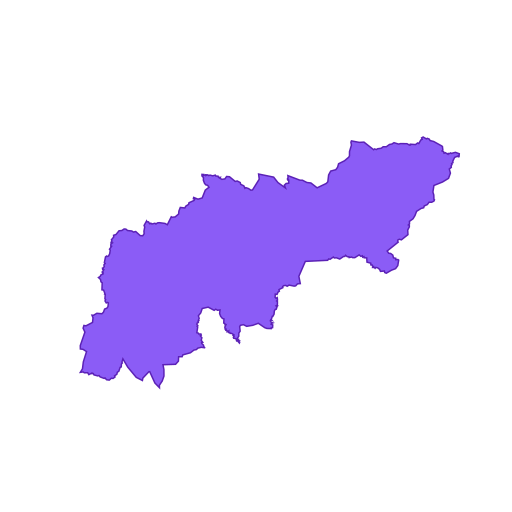 Gushegu, Northern, Ghana, rotated 207°
{"feature_id": "2480657B56494255769768", "entity_name": "Gushegu", "entity_type": "district", "adm_level": 2, "iso_a3": "GHA", "parent_name": "Ghana", "parent_adm1": "Northern", "projection": "orthographic", "projection_center": [-0.233, 9.923], "detail": "fine", "context": "isolated", "style": "filled", "palette": "violet", "viewbox_px": 512, "rotation_deg": 207, "n_neighbors": 0, "source": "geoboundaries", "source_scale": "gbopen_adm2", "svg_char_len": 6131}
<svg xmlns="http://www.w3.org/2000/svg" viewBox="0 0 512 512"><g transform="rotate(207 256 256)"><path d="M363.6,93.9L361.8,83.3L359.4,76.7L359.7,72.6L357.4,74.2L355.9,74.0L353.0,75.6L351.1,74.4L349.1,77.2L348.7,76.7L347.6,77.4L346.4,76.5L342.6,77.3L341.6,78.2L340.0,77.5L335.7,78.0L335.2,78.8L333.0,77.9L330.4,78.8L329.4,81.4L327.8,82.0L326.7,84.2L327.6,85.0L326.3,87.4L326.8,89.5L325.9,91.0L326.5,95.1L325.7,96.0L326.9,98.7L326.5,100.0L327.3,100.6L327.9,103.9L319.9,98.8L307.6,93.5L300.7,93.5L301.4,95.8L298.9,104.3L298.2,104.7L288.4,96.9L282.2,94.8L283.4,97.0L282.8,102.0L283.5,107.2L286.5,113.0L289.5,116.9L278.5,123.0L277.4,127.1L279.2,131.1L276.1,132.7L276.3,134.7L270.5,140.0L268.6,144.0L266.6,145.6L266.0,147.5L263.3,149.8L259.6,151.1L261.1,151.1L261.0,152.0L261.3,151.5L262.4,152.8L264.6,153.4L265.2,154.2L264.3,154.9L266.6,156.1L267.1,158.6L269.4,159.6L268.8,160.6L269.7,161.5L271.4,160.5L272.3,161.1L273.9,160.8L275.7,166.2L276.5,166.6L276.2,167.5L277.6,168.2L278.0,169.5L277.2,170.6L277.9,171.3L277.6,172.5L278.2,172.6L278.3,174.6L280.2,176.6L279.4,180.2L280.1,184.8L275.4,188.7L268.6,188.6L267.7,190.3L265.6,190.2L263.6,191.6L262.3,188.2L260.1,186.2L257.6,185.1L256.0,185.4L254.3,181.6L253.1,181.6L252.1,180.4L251.6,180.9L251.5,178.5L250.2,176.8L249.4,177.2L249.2,176.1L247.8,176.2L247.3,175.4L246.5,176.5L246.5,175.8L245.3,175.4L244.8,176.0L243.9,175.3L242.5,176.0L240.0,175.7L240.4,174.9L239.1,174.6L239.3,173.3L238.5,172.6L236.3,173.3L234.7,171.5L234.0,172.0L231.3,170.9L231.4,171.8L232.3,171.9L233.1,172.5L232.7,172.9L233.6,172.9L233.7,173.7L234.3,173.4L235.2,174.5L234.9,176.7L236.3,179.5L236.0,181.8L238.5,185.7L238.4,187.2L236.0,189.1L232.4,189.1L227.4,192.8L223.4,197.1L215.6,196.1L213.4,196.4L209.5,198.2L209.8,198.8L208.7,199.7L209.8,202.2L211.6,202.1L211.6,203.0L210.7,204.0L212.1,203.8L213.8,204.7L213.9,205.7L212.9,205.9L213.5,206.1L214.1,209.6L213.6,209.8L213.5,212.3L214.7,215.4L214.6,217.2L213.8,217.8L214.2,220.2L214.7,220.2L214.2,221.3L215.2,221.2L214.7,221.8L215.2,223.1L216.2,225.1L217.2,225.3L216.8,226.4L217.9,228.2L218.3,228.6L218.9,227.4L220.2,227.8L221.5,230.8L219.8,231.3L220.0,233.7L219.2,235.2L220.3,236.5L217.7,240.0L218.4,240.9L217.8,242.2L216.1,243.3L214.5,243.2L213.3,245.1L208.3,246.5L207.1,247.4L206.4,250.0L204.0,251.5L208.6,257.4L209.6,273.6L190.2,284.7L189.9,286.4L188.5,286.7L186.6,290.2L185.3,289.8L183.6,290.9L180.0,291.3L177.8,295.3L176.7,295.9L176.5,297.3L174.4,296.8L172.8,297.5L172.3,296.9L170.3,298.5L169.1,298.4L167.2,299.4L164.6,303.8L162.4,303.3L161.3,304.5L160.4,303.4L159.5,304.4L158.8,303.5L156.5,304.6L154.3,300.9L150.5,301.7L149.6,300.2L148.4,300.7L147.5,299.8L146.7,300.0L146.8,298.8L145.2,299.5L144.3,299.1L144.1,300.2L142.3,300.7L139.8,300.2L138.1,298.8L134.8,300.9L133.8,299.7L132.1,299.8L128.8,304.9L125.9,308.1L125.3,311.8L127.0,317.1L127.9,317.3L129.8,316.2L130.4,317.4L132.7,316.8L134.5,318.9L137.2,319.4L139.0,318.7L141.4,320.0L135.6,332.9L136.6,333.6L136.8,334.9L135.9,336.0L133.8,336.4L130.3,344.0L132.6,348.0L132.6,351.6L133.3,352.9L134.3,352.9L133.8,354.3L135.0,356.5L133.0,360.4L132.7,364.2L133.2,368.7L130.5,373.3L128.5,375.1L128.8,377.0L126.7,379.6L126.2,382.5L123.9,383.6L122.4,385.7L122.5,387.1L123.2,387.3L125.3,391.1L127.4,393.3L129.5,399.6L123.4,406.6L119.7,412.6L120.4,418.1L123.3,421.3L122.2,423.6L123.1,425.0L122.9,426.5L123.7,427.2L122.9,428.6L123.7,429.8L123.8,434.0L121.2,437.1L120.7,436.3L120.2,436.7L121.3,439.4L125.4,438.9L128.5,436.1L129.4,436.2L130.3,434.9L131.2,434.7L131.1,433.8L134.2,434.0L135.1,433.0L136.0,434.0L137.9,434.1L137.6,435.2L139.6,438.2L140.5,438.4L149.7,438.7L153.3,437.9L154.7,438.8L156.8,438.6L157.4,437.7L161.1,437.9L162.1,436.4L160.9,435.4L161.8,434.3L162.0,430.1L163.3,430.1L164.5,427.7L169.2,425.7L168.8,425.1L169.6,424.5L172.5,424.6L178.4,421.7L179.6,420.5L184.5,419.6L185.8,417.4L187.7,416.0L189.5,412.5L192.3,411.1L193.3,408.9L196.3,406.8L197.1,405.5L199.0,405.2L199.4,404.1L211.5,406.5L215.6,404.1L223.2,401.9L223.1,400.5L221.3,398.1L220.1,391.5L218.2,387.7L218.2,386.2L220.4,381.0L224.3,375.7L223.6,372.1L224.1,369.1L228.0,365.6L228.1,361.2L225.7,354.7L226.3,352.6L232.5,344.5L240.2,346.0L244.0,344.6L249.0,344.6L251.3,343.5L264.1,342.1L263.1,340.7L263.0,338.9L262.4,338.3L262.1,339.0L261.4,338.6L259.9,335.7L262.1,334.3L262.9,332.0L260.7,330.0L269.8,331.4L276.1,334.3L290.9,330.2L288.0,325.9L289.1,313.3L290.4,312.3L293.2,312.7L296.1,312.3L296.6,311.3L298.7,313.0L302.2,312.9L303.4,314.3L306.8,314.3L308.4,313.0L315.6,314.6L318.3,313.5L318.7,310.6L321.2,308.8L323.6,308.9L323.5,309.9L325.1,309.0L326.0,309.9L328.1,309.0L329.0,309.6L330.9,307.8L333.7,307.2L334.6,306.2L335.8,306.4L337.0,305.2L337.1,305.8L337.8,305.5L339.2,304.0L339.6,304.9L341.2,304.2L340.5,302.8L338.4,302.0L337.3,299.6L334.9,297.4L333.1,296.6L331.2,297.0L329.1,295.9L331.1,291.7L330.3,283.3L333.5,280.3L338.1,279.9L337.8,278.6L336.4,278.8L336.4,277.4L339.9,273.0L339.5,271.4L341.2,268.5L341.2,266.5L345.5,264.9L345.1,261.0L344.0,258.3L345.8,254.1L348.4,252.4L349.3,252.5L349.2,243.6L351.9,243.7L357.3,241.8L358.8,240.8L359.7,239.1L360.9,239.3L363.0,237.5L364.1,237.1L364.6,237.5L365.5,236.5L367.2,237.6L368.8,237.0L369.4,237.5L369.6,232.4L368.3,231.3L367.1,227.2L365.8,225.1L366.1,222.6L368.4,221.6L374.3,223.2L376.0,221.7L378.0,221.9L382.0,220.4L384.1,220.9L385.8,220.2L387.1,217.8L389.5,216.3L390.5,211.6L392.3,209.8L391.4,208.3L392.2,204.9L391.1,203.8L391.4,202.5L389.9,202.5L390.8,200.9L389.8,198.8L389.1,199.0L389.6,195.5L388.5,195.0L387.4,191.6L387.4,189.0L388.6,187.9L389.1,188.1L389.7,186.9L388.1,181.2L387.0,180.9L387.5,179.0L386.3,177.6L387.0,175.8L386.3,175.2L387.0,175.1L386.5,174.4L385.4,174.6L385.5,172.5L384.8,171.8L385.5,171.6L384.2,170.5L385.7,168.5L385.5,167.1L386.6,165.3L383.9,164.5L382.4,162.6L380.9,162.3L377.9,155.9L376.3,156.4L373.6,154.0L373.6,153.3L372.8,153.2L371.2,149.3L370.3,149.0L370.1,147.4L368.1,146.2L367.1,147.3L366.3,147.2L364.9,143.7L365.2,141.8L366.8,140.0L366.4,136.6L367.1,134.6L371.8,132.7L373.9,129.4L375.3,128.8L373.2,127.0L371.5,122.6L375.8,116.6L377.8,116.0L377.3,113.2L373.9,110.5L371.9,96.4L370.3,93.4L367.8,94.3L363.6,93.9Z" fill="#8b5cf6" stroke="#5b21b6" stroke-width="1.5"/></g></svg>